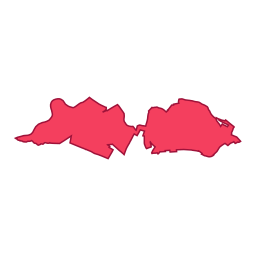 outline of Cristesti, Mures, Romania
{"feature_id": "2599482B35540168956421", "entity_name": "Cristesti", "entity_type": "district", "adm_level": 2, "iso_a3": "ROU", "parent_name": "Romania", "parent_adm1": "Mures", "projection": "equal_earth", "projection_center": [24.516, 46.501], "detail": "fine", "context": "isolated", "style": "filled", "palette": "rose", "viewbox_px": 256, "rotation_deg": 0, "n_neighbors": 0, "source": "geoboundaries", "source_scale": "gbopen_adm2", "svg_char_len": 5863}
<svg xmlns="http://www.w3.org/2000/svg" viewBox="0 0 256 256"><path d="M108.1,158.6L111.9,152.1L113.1,149.8L109.1,147.4L109.8,146.4L107.6,144.8L107.8,144.7L108.1,144.6L108.9,144.8L109.2,144.8L110.2,144.4L110.6,144.5L111.1,144.5L112.0,144.3L112.3,144.2L113.2,145.0L116.5,147.9L118.9,150.1L119.8,150.9L120.8,151.6L121.6,152.4L122.5,153.1L123.3,153.8L124.1,154.6L125.0,152.1L126.1,149.1L126.8,147.6L128.4,144.7L129.4,143.1L130.0,141.7L130.8,140.4L131.5,139.0L132.2,137.7L133.0,136.0L134.2,134.0L137.1,135.6L140.3,129.9L144.5,131.1L143.5,134.0L142.9,135.8L144.3,136.1L144.3,142.7L144.4,143.9L144.7,144.7L145.3,146.3L145.9,147.7L146.4,148.4L146.6,148.6L149.4,147.5L150.8,147.1L151.2,146.9L151.2,146.6L151.1,145.8L151.0,145.0L150.8,144.3L150.2,142.0L150.3,141.9L150.6,142.4L151.0,143.0L152.1,144.2L155.1,146.9L152.6,150.8L151.7,152.9L152.0,153.5L153.2,153.2L155.9,153.1L157.1,152.8L158.0,153.9L159.1,152.9L159.5,152.5L160.0,151.7L161.2,151.8L165.4,151.5L165.2,150.6L169.8,150.3L170.1,152.0L176.6,151.6L176.5,149.8L181.2,149.6L183.7,149.5L188.5,149.8L190.1,149.9L191.2,149.9L192.2,150.2L194.4,150.5L196.6,150.8L198.3,151.2L198.5,150.9L199.9,151.7L202.1,153.4L201.5,154.1L204.3,155.6L204.9,155.8L205.5,155.9L206.1,156.0L206.9,156.3L208.0,156.6L208.5,156.7L209.2,156.8L210.1,156.7L210.8,156.6L211.5,156.4L212.5,155.9L213.3,155.4L213.7,155.0L213.4,154.8L215.0,153.3L216.9,151.5L219.5,147.3L219.9,146.9L221.8,145.4L223.6,144.2L225.0,143.4L227.9,145.5L230.3,143.4L231.1,143.0L233.1,142.2L233.8,141.7L235.2,143.4L236.1,143.0L236.8,142.7L237.2,142.3L237.5,142.2L238.0,142.1L238.5,142.3L239.0,142.2L239.6,142.0L240.6,141.3L236.9,137.2L236.6,137.0L236.2,136.8L234.4,136.1L231.4,134.8L231.6,134.3L231.6,133.8L231.6,132.8L231.6,132.4L231.8,132.0L232.1,131.5L232.9,129.6L233.2,128.3L233.3,128.1L233.9,127.4L234.1,127.0L234.0,126.7L233.4,126.2L232.6,125.7L231.8,125.0L229.9,123.5L226.2,120.4L225.6,120.0L224.9,120.9L224.2,120.6L222.6,120.3L221.8,120.1L221.1,119.9L219.8,119.3L218.4,118.9L218.1,118.7L217.3,118.3L217.1,118.2L217.2,118.4L217.4,118.6L217.7,118.8L218.6,119.3L219.0,119.6L219.3,119.7L219.5,119.9L219.7,120.0L219.3,120.4L220.7,121.2L223.3,122.6L224.5,123.1L227.1,124.3L228.5,125.1L228.0,125.8L227.4,126.7L225.6,125.8L223.3,124.7L222.3,124.0L222.0,124.4L221.4,125.4L220.9,126.0L220.6,126.4L220.4,126.0L219.7,124.7L219.1,123.9L218.2,122.8L217.5,121.8L216.7,120.8L216.4,120.1L216.0,118.9L215.8,118.6L214.9,117.8L214.4,117.5L213.8,117.1L213.5,116.9L213.2,116.5L212.4,115.7L211.7,114.9L211.1,114.1L210.7,113.4L210.3,112.6L210.0,111.9L209.7,111.1L209.4,110.8L208.9,110.2L208.5,109.4L208.3,109.1L208.0,107.9L207.7,107.4L207.3,106.8L206.9,106.5L206.0,106.0L205.0,105.4L204.0,104.9L202.2,104.2L201.6,103.9L200.8,103.3L199.5,102.5L198.9,102.2L198.4,102.1L197.4,101.9L196.3,101.8L194.6,101.5L192.5,100.9L191.4,100.7L190.5,100.6L189.7,100.4L189.3,100.4L185.3,99.9L182.5,99.0L181.9,98.9L181.7,98.9L180.4,99.0L179.1,99.1L178.9,99.4L178.6,100.8L178.5,101.5L178.5,101.9L178.7,102.8L178.8,103.2L173.6,104.2L173.7,104.6L173.7,104.9L173.4,105.0L171.7,105.1L168.5,109.3L168.0,109.7L167.5,110.2L167.9,110.5L166.2,112.0L165.3,111.2L165.1,111.0L163.6,109.7L162.6,109.1L161.7,108.6L160.2,108.2L158.4,107.8L158.2,107.7L157.8,107.4L157.0,107.1L156.9,107.1L156.6,107.1L156.2,107.2L155.6,107.3L155.0,107.3L154.2,107.4L152.8,107.7L152.6,107.7L152.0,107.4L150.7,108.8L148.6,111.0L148.7,111.4L148.9,112.0L148.8,112.3L148.2,114.0L148.1,114.6L148.0,115.1L147.8,116.6L147.6,118.7L147.1,121.1L146.6,122.8L146.1,124.4L145.7,126.1L143.5,125.8L141.9,125.6L140.9,125.3L140.0,125.1L139.4,125.1L138.2,125.5L137.3,126.0L136.4,129.4L136.1,130.2L135.6,129.8L134.6,128.5L133.8,127.4L132.9,126.4L131.5,126.5L130.5,126.4L129.0,126.1L128.4,125.9L127.9,125.7L127.4,125.4L126.9,125.2L126.7,125.0L126.4,124.7L125.7,123.7L125.6,123.4L124.9,122.5L124.5,121.9L124.3,121.6L124.2,121.1L124.0,120.5L123.9,119.2L124.2,116.7L124.2,115.3L124.0,113.4L123.7,113.1L123.1,112.1L118.9,106.1L117.5,104.6L113.9,106.6L110.5,108.6L107.2,110.7L106.9,110.3L105.1,111.1L102.6,112.2L103.1,111.8L104.3,111.1L104.8,110.8L105.2,110.4L105.5,110.1L105.9,109.5L106.2,108.9L106.2,108.7L106.3,108.2L106.3,107.8L106.2,107.6L106.2,107.4L105.7,107.3L104.8,106.9L101.0,105.1L98.9,104.0L97.3,102.9L92.2,99.5L89.4,97.4L87.9,98.7L85.3,100.7L82.9,102.3L80.9,102.8L79.3,103.7L75.4,106.6L73.6,107.6L72.7,107.6L71.3,107.2L69.5,106.7L67.8,105.9L66.3,104.8L65.4,104.2L64.4,102.6L63.0,100.6L60.8,99.2L59.3,98.8L57.9,98.8L56.0,99.1L53.9,99.8L52.4,100.8L51.3,102.3L50.6,104.6L50.6,106.3L50.9,108.1L51.6,110.3L52.2,113.0L52.4,114.2L52.3,115.5L51.7,116.9L50.4,118.6L49.1,120.1L47.1,121.2L44.9,122.0L42.2,122.6L39.9,123.6L38.5,124.2L35.8,126.7L34.6,128.7L33.6,130.6L32.7,132.4L31.0,134.1L29.3,134.9L27.7,135.3L23.7,135.6L21.0,136.4L17.5,137.3L15.4,138.2L15.8,138.5L16.5,138.0L16.8,138.2L17.1,138.4L17.0,139.3L17.5,139.7L17.9,140.0L18.4,140.2L19.2,140.3L19.4,140.4L20.1,140.9L20.3,140.8L20.5,140.8L20.6,140.7L20.8,140.8L21.5,141.0L21.8,141.0L22.2,141.2L22.5,141.3L22.9,141.5L23.2,141.8L23.6,141.8L23.6,141.7L23.8,141.7L24.1,141.7L24.4,141.9L24.5,141.9L26.3,142.0L27.8,141.3L28.2,141.3L29.5,141.3L30.2,141.2L30.5,141.1L31.0,140.8L31.4,140.7L31.6,140.6L31.9,141.0L32.1,141.0L32.3,141.1L32.6,141.3L32.8,141.5L33.4,142.3L34.0,142.9L34.3,143.1L35.0,143.3L35.7,143.4L36.2,143.5L36.4,143.7L36.8,144.1L37.3,144.6L37.7,144.9L38.2,145.1L38.6,145.1L39.6,144.7L40.0,144.6L40.4,144.3L40.8,143.9L41.0,143.8L41.4,143.9L42.5,144.1L43.1,144.1L43.5,143.7L44.0,143.4L44.4,142.8L44.7,142.7L45.4,142.7L47.3,143.2L48.9,143.2L49.8,142.7L50.1,143.1L50.5,143.1L52.8,143.3L59.5,143.5L60.2,143.1L64.3,140.5L69.9,136.8L71.3,135.9L70.0,142.9L72.4,143.9L75.3,145.1L82.4,148.0L83.3,148.3L84.2,148.7L84.9,149.0L85.4,149.2L85.7,149.4L85.8,149.5L86.1,149.4L87.7,150.1L91.1,151.5L93.8,153.1L94.6,153.5L98.9,154.8L99.2,155.0L100.9,155.6L108.1,158.6Z" fill="#f43f5e" stroke="#9f1239" stroke-width="1.5"/></svg>